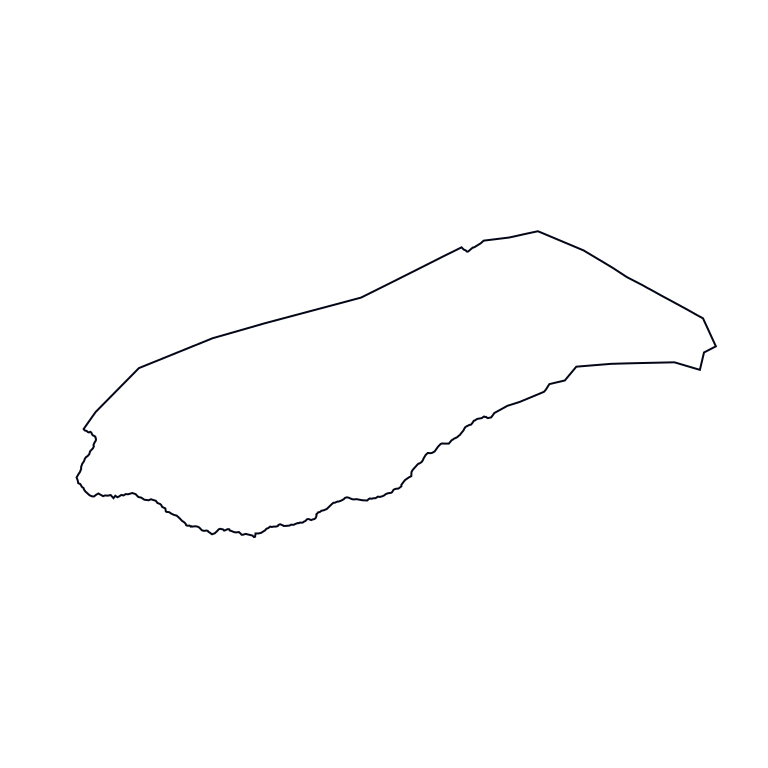 Asunción Cuyotepeji, Oaxaca, Mexico, rotated 157°
{"feature_id": "50627088B94773728352550", "entity_name": "Asunción Cuyotepeji", "entity_type": "district", "adm_level": 2, "iso_a3": "MEX", "parent_name": "Mexico", "parent_adm1": "Oaxaca", "projection": "mercator", "projection_center": [-97.63, 17.931], "detail": "fine", "context": "isolated", "style": "outline", "palette": "ink", "viewbox_px": 768, "rotation_deg": 157, "n_neighbors": 0, "source": "geoboundaries", "source_scale": "gbopen_adm2", "svg_char_len": 4153}
<svg xmlns="http://www.w3.org/2000/svg" viewBox="0 0 768 768"><g transform="rotate(157 384 384)"><path d="M297.5,311.9L293.7,314.2L278.9,315.7L266.2,314.5L239.8,314.3L237.3,315.5L234.6,317.4L231.8,319.3L216.2,316.6L200.2,324.8L167.0,313.8L150.4,307.3L138.3,302.5L108.2,290.5L87.7,273.6L77.1,288.0L66.3,288.8L63.8,289.0L64.7,319.8L69.1,325.3L75.0,333.0L88.6,350.1L94.7,357.7L102.1,367.2L103.7,369.1L107.3,373.8L118.6,387.4L128.4,402.0L148.1,429.0L179.7,461.5L182.7,464.5L196.7,467.2L206.2,468.9L211.8,470.0L236.2,477.0L240.1,475.7L244.2,475.1L246.7,474.7L248.0,474.6L249.0,474.9L254.4,473.2L255.1,473.1L255.6,473.3L256.1,473.7L256.4,474.8L258.2,476.8L259.2,479.5L270.8,478.8L275.0,478.6L281.5,478.2L296.5,477.2L338.4,474.5L371.4,472.5L469.4,486.4L523.8,493.1L603.4,494.4L660.4,470.9L678.1,459.9L677.6,458.2L676.1,457.0L675.3,455.4L674.5,454.7L673.1,454.8L672.7,454.3L672.4,453.4L672.4,452.4L672.4,451.5L672.1,450.6L671.0,449.4L670.3,448.3L670.6,447.3L670.5,446.1L671.4,444.5L673.2,443.3L675.2,441.5L675.5,439.9L677.1,438.5L680.8,436.9L682.8,434.5L685.4,433.3L686.5,433.3L688.6,432.1L689.6,430.9L690.5,430.0L692.9,428.5L695.2,426.0L696.1,423.9L697.2,423.0L698.0,422.0L700.0,420.7L703.5,418.1L703.6,415.0L704.2,412.1L702.8,410.8L702.4,408.9L702.4,407.9L702.1,407.0L701.2,405.6L701.4,404.1L700.9,401.8L698.5,396.6L696.6,394.6L694.9,393.8L691.8,394.6L689.7,394.8L686.4,390.5L684.9,390.5L683.7,390.1L681.8,389.1L679.0,388.6L677.6,384.6L675.0,386.1L673.6,383.9L672.0,384.0L669.1,384.5L667.3,383.2L664.8,383.6L662.7,382.5L658.3,382.0L655.7,379.7L654.3,376.0L651.8,374.2L649.8,371.1L646.0,368.9L643.6,369.0L641.2,366.9L639.7,365.7L639.0,362.9L637.1,361.2L636.3,359.6L636.3,357.6L633.9,354.9L634.6,352.0L634.2,351.3L631.9,350.0L631.2,349.0L630.4,347.7L628.2,345.3L626.4,344.0L625.2,341.6L624.3,339.5L623.4,337.0L621.8,334.5L621.2,332.7L621.3,331.3L620.5,330.5L618.3,329.6L617.5,328.1L616.8,328.3L616.1,327.6L614.2,327.1L612.5,326.4L610.9,325.1L610.0,323.8L609.5,322.3L608.7,320.4L607.0,319.1L604.7,318.5L603.6,317.6L603.4,316.6L602.4,315.2L601.1,312.9L598.1,312.7L595.1,313.8L593.0,314.8L591.3,314.7L588.8,312.8L588.4,311.5L587.2,311.4L584.7,311.5L583.2,310.7L583.3,309.5L582.0,308.4L580.9,307.3L579.8,306.2L578.0,305.1L575.4,304.4L574.4,302.2L574.0,300.9L572.5,300.3L570.0,300.1L564.3,295.9L563.5,293.9L562.3,293.8L560.7,296.6L558.1,295.5L555.3,295.0L553.5,295.3L550.8,295.7L548.7,296.7L547.0,296.6L544.4,297.2L543.3,296.3L541.5,295.9L539.5,295.1L538.3,294.8L537.1,294.8L536.2,295.5L534.7,295.5L534.0,295.2L533.3,294.3L532.3,293.4L531.9,292.6L530.5,292.0L528.8,291.4L526.2,290.6L524.5,290.8L522.2,289.7L520.1,289.8L517.8,289.7L516.9,289.2L515.4,289.3L514.4,288.7L513.2,288.2L511.3,288.6L509.8,288.6L508.0,289.5L506.7,289.4L505.8,288.8L505.1,288.1L504.2,287.2L503.4,287.2L502.6,287.2L501.1,286.9L499.5,287.2L498.2,288.4L497.2,289.8L497.2,290.5L495.8,291.0L494.7,291.6L493.3,291.2L491.1,291.8L489.0,291.3L485.5,291.3L480.1,293.4L478.5,294.0L477.0,294.4L475.3,293.9L472.8,294.0L471.8,293.5L468.8,293.4L466.0,293.7L464.4,294.4L462.5,294.2L461.1,293.3L459.5,291.6L458.3,290.4L456.8,289.5L454.2,288.7L452.3,287.4L449.1,285.3L446.8,284.2L444.9,283.3L443.3,284.0L441.8,284.2L440.7,283.4L437.9,282.8L436.8,282.3L435.4,282.3L434.4,282.6L433.6,282.7L432.0,281.7L429.4,281.3L427.4,281.4L425.2,282.0L423.3,281.9L421.5,281.5L420.2,281.1L419.5,281.1L418.6,281.4L416.9,282.7L415.9,283.0L414.0,282.9L411.5,282.1L408.0,283.0L407.4,284.4L402.4,287.3L397.7,288.3L394.9,288.5L393.1,292.2L391.2,293.7L384.6,296.8L383.4,297.2L382.5,297.0L379.8,297.5L377.7,298.9L376.7,300.0L373.2,302.5L370.7,303.4L368.1,302.1L366.8,301.8L363.8,302.1L358.7,305.2L355.2,306.7L353.6,306.5L351.2,305.3L347.6,303.8L345.5,304.9L343.7,305.8L342.0,306.0L341.0,306.3L337.4,306.4L335.7,307.1L334.3,307.4L333.6,307.7L332.8,308.2L330.2,309.6L329.0,310.2L327.4,311.6L325.8,312.6L324.3,312.8L323.2,312.8L321.4,313.0L320.4,312.7L319.8,312.6L318.4,313.3L316.9,314.2L315.7,315.1L314.5,314.9L313.0,315.3L311.9,315.4L311.2,315.3L307.3,314.4L304.9,315.0L304.5,314.9L303.8,314.0L302.9,313.9L302.5,313.0L302.0,312.2L301.2,311.9L299.9,311.7L298.4,311.4L297.5,311.9Z" fill="none" stroke="#020617" stroke-width="2"/></g></svg>